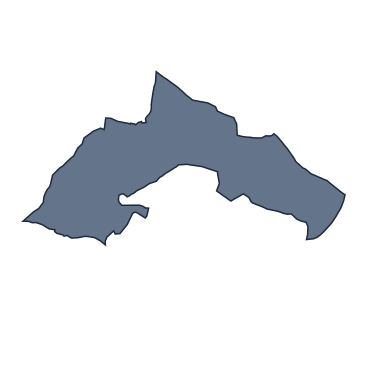 Funtua, Katsina, Nigeria, rotated 294°
{"feature_id": "59680162B95285688800937", "entity_name": "Funtua", "entity_type": "district", "adm_level": 2, "iso_a3": "NGA", "parent_name": "Nigeria", "parent_adm1": "Katsina", "projection": "mercator", "projection_center": [7.292, 11.431], "detail": "fine", "context": "isolated", "style": "filled", "palette": "slate", "viewbox_px": 384, "rotation_deg": 294, "n_neighbors": 0, "source": "geoboundaries", "source_scale": "gbopen_adm2", "svg_char_len": 2734}
<svg xmlns="http://www.w3.org/2000/svg" viewBox="0 0 384 384"><g transform="rotate(294 192 192)"><path d="M195.1,315.9L196.3,317.9L198.6,321.9L201.7,324.9L205.3,326.8L209.2,328.5L220.5,332.2L228.6,333.5L238.0,334.5L245.6,334.1L251.7,332.9L252.7,327.6L253.7,324.3L254.5,320.9L256.3,314.0L257.4,310.8L257.2,308.7L257.2,303.8L257.1,293.1L259.1,286.2L259.1,283.3L262.0,274.5L264.9,270.6L266.9,267.1L267.8,265.7L270.7,260.8L272.6,256.8L273.2,255.8L277.5,247.0L278.5,243.1L276.1,242.1L274.9,240.4L273.2,236.4L269.7,233.7L266.5,226.3L265.9,223.7L264.1,218.7L263.1,215.2L262.5,211.3L262.3,210.2L272.5,205.0L274.4,202.6L276.9,200.1L276.1,189.5L276.2,182.3L279.4,178.8L279.8,170.3L276.2,155.4L278.0,148.0L281.8,136.6L284.7,123.2L285.3,118.8L287.4,110.4L276.8,114.2L272.8,114.5L270.4,115.1L266.7,116.0L262.4,117.2L255.6,119.1L252.4,120.6L249.5,121.5L246.0,121.3L243.2,120.3L240.7,119.7L239.6,119.9L238.5,120.7L236.8,121.8L234.7,118.2L235.8,117.1L234.8,116.2L234.1,115.0L233.6,114.7L232.1,113.9L231.8,113.9L231.5,113.8L230.3,112.7L230.8,112.0L229.9,108.0L229.1,108.0L228.7,105.3L228.1,103.2L227.5,100.4L226.3,95.6L226.3,87.8L224.5,83.1L220.7,84.2L215.8,85.7L213.2,86.3L213.2,82.6L211.8,81.3L207.4,77.1L205.2,75.9L197.4,71.4L191.3,72.1L188.6,71.0L185.9,69.8L180.8,69.4L177.2,69.4L172.9,67.2L169.0,65.6L167.0,64.8L163.3,63.5L160.4,61.5L157.1,60.2L150.6,57.8L147.6,58.4L141.5,59.6L138.5,59.7L135.2,58.7L131.6,58.5L127.5,58.7L122.1,60.4L114.5,58.7L109.6,55.4L96.6,49.5L98.6,54.2L99.0,58.6L100.6,61.9L101.3,68.5L100.2,76.4L101.4,81.0L101.7,82.1L100.0,82.6L99.3,85.2L99.7,88.5L100.3,91.3L99.6,93.0L101.6,95.7L101.1,97.6L100.9,100.7L103.9,106.5L107.9,112.1L109.1,115.3L109.8,118.1L110.6,121.0L110.6,123.5L110.2,125.9L110.3,127.3L108.4,134.4L112.2,132.6L115.4,132.7L116.7,132.7L117.9,133.4L119.5,134.1L124.6,136.2L122.4,139.0L124.7,143.1L136.0,146.1L145.8,146.4L148.4,146.5L149.9,147.6L150.6,148.9L150.7,150.7L149.2,159.8L151.4,160.5L156.0,159.7L157.9,159.2L159.6,159.0L158.5,155.9L159.0,153.1L158.6,149.5L151.3,133.2L152.8,129.7L154.9,128.0L159.3,126.5L160.1,127.4L160.9,127.8L162.0,129.1L162.3,130.6L161.9,132.1L161.7,133.6L161.1,134.7L162.7,136.1L165.3,137.5L166.8,139.0L168.6,140.1L170.5,140.9L176.7,146.1L182.2,149.5L187.3,155.0L191.9,156.4L194.6,158.3L198.5,160.4L201.5,162.6L206.4,165.8L209.0,167.7L211.2,168.5L215.1,175.8L219.3,190.8L220.9,207.1L219.2,207.9L217.4,209.1L211.0,213.5L203.0,214.0L199.7,230.3L199.6,231.3L203.2,233.7L205.1,235.2L211.1,239.6L210.6,243.7L210.0,246.5L207.3,249.6L206.6,251.7L207.1,262.6L207.0,267.7L209.1,277.3L209.5,280.4L209.7,284.5L210.6,288.5L212.4,291.6L210.3,297.5L209.9,298.2L209.8,303.0L210.7,308.6L207.4,312.1L200.1,314.9L197.8,315.4L195.1,315.9Z" fill="#64748b" stroke="#1e293b" stroke-width="1.5"/></g></svg>